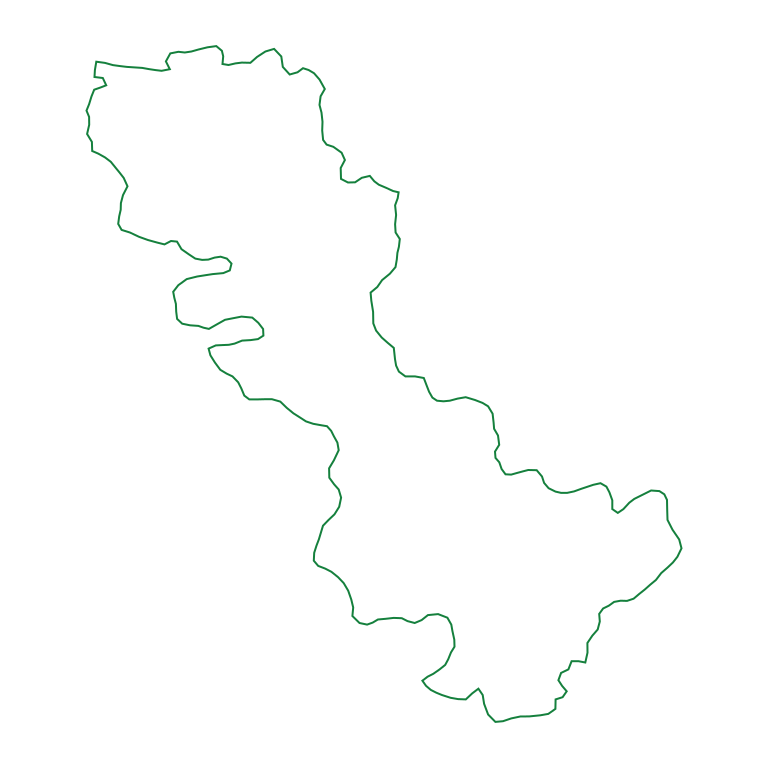 Santo Hipólito, Minas Gerais, Brazil (orthographic projection)
{"feature_id": "56859067B25350866893679", "entity_name": "Santo Hipólito", "entity_type": "district", "adm_level": 2, "iso_a3": "BRA", "parent_name": "Brazil", "parent_adm1": "Minas Gerais", "projection": "orthographic", "projection_center": [-44.176, -18.392], "detail": "fine", "context": "isolated", "style": "outline", "palette": "green", "viewbox_px": 768, "rotation_deg": 0, "n_neighbors": 0, "source": "geoboundaries", "source_scale": "gbopen_adm2", "svg_char_len": 4146}
<svg xmlns="http://www.w3.org/2000/svg" viewBox="0 0 768 768"><path d="M96.3,61.7L94.9,70.1L94.5,77.0L102.8,78.0L106.2,85.3L100.5,87.5L94.2,89.7L91.5,96.4L89.1,104.2L86.5,110.6L89.1,116.9L89.2,124.8L87.1,134.0L91.9,141.9L92.2,151.0L98.2,153.6L105.0,157.4L110.8,161.8L115.9,168.1L119.5,172.5L123.7,177.9L127.5,186.3L123.0,195.1L120.9,203.1L120.7,209.8L119.2,216.3L118.2,223.9L121.6,229.9L129.9,232.5L139.0,236.8L147.9,240.0L157.3,242.6L164.5,244.4L171.0,241.0L177.0,241.6L181.5,249.2L188.8,254.3L195.3,258.6L202.2,259.9L208.3,259.6L214.6,257.6L220.6,256.7L226.9,258.6L231.5,263.6L229.8,270.4L223.3,273.1L212.7,274.1L206.1,275.1L197.2,276.5L186.7,279.1L178.3,285.2L173.2,291.8L174.3,297.7L175.9,303.9L176.2,311.6L177.1,318.9L182.2,323.7L190.0,325.3L198.4,325.9L203.5,327.7L208.9,328.9L217.0,324.3L225.0,319.8L233.2,318.2L241.5,316.6L252.3,317.6L258.3,322.8L263.1,329.0L263.4,335.6L258.0,339.1L250.5,340.1L242.1,340.6L234.6,343.6L228.9,344.8L222.0,345.1L215.8,345.4L208.6,348.6L210.4,355.3L214.9,362.5L220.3,369.8L226.6,373.6L232.5,376.4L238.2,382.3L241.3,388.4L244.3,395.6L249.3,399.4L257.4,399.4L265.5,399.2L271.9,399.2L280.3,401.6L286.8,407.9L293.4,413.3L300.0,417.5L306.0,421.4L313.2,423.8L321.5,425.3L327.0,426.2L331.2,430.9L333.9,436.3L337.4,442.6L338.7,450.2L333.9,460.3L329.1,468.3L329.3,477.7L334.1,484.3L338.7,489.5L341.1,497.6L339.2,506.8L334.5,514.3L328.5,520.0L323.0,525.7L320.7,533.3L318.9,539.3L316.5,545.6L314.2,552.8L313.8,560.7L318.2,565.9L325.2,568.6L331.4,571.8L338.1,577.2L343.7,583.1L348.2,590.7L351.3,599.6L353.2,607.5L352.4,616.0L359.5,623.0L367.1,624.6L372.7,622.6L377.9,619.5L385.7,618.8L393.7,617.9L401.8,618.2L407.5,621.1L414.7,623.0L421.6,620.1L427.9,615.1L438.1,614.1L447.4,617.7L451.3,624.6L452.4,630.9L454.3,639.7L454.5,646.7L451.0,652.4L448.2,659.3L445.2,664.9L439.6,669.4L433.3,673.8L427.6,676.7L422.4,680.7L426.0,685.8L430.8,689.9L436.3,692.7L441.9,695.0L450.6,697.8L458.1,699.1L465.8,699.4L472.2,693.4L478.4,688.7L482.7,695.0L484.1,703.8L488.1,714.5L495.4,721.9L503.0,721.2L511.3,718.4L520.3,716.5L529.3,716.4L540.3,715.3L548.3,713.9L555.4,708.9L555.6,699.4L562.6,697.2L566.7,691.3L562.1,685.9L558.4,680.2L561.1,672.9L568.4,669.4L571.6,661.2L578.5,661.2L585.3,662.5L587.5,652.7L587.4,643.0L592.3,635.7L597.7,629.5L599.8,621.5L599.2,613.9L603.1,608.5L608.8,605.7L614.1,601.9L620.7,600.7L627.0,600.9L633.6,598.7L639.4,593.8L644.7,589.6L650.1,584.8L656.0,579.9L661.2,573.1L667.5,567.6L672.9,562.5L677.4,556.8L681.5,548.3L679.2,539.5L672.5,529.7L667.5,519.9L667.2,510.0L667.0,499.9L664.3,494.3L659.4,491.1L651.1,490.5L641.5,495.3L634.3,498.9L629.3,502.7L623.4,509.1L617.8,512.9L612.3,509.1L612.3,500.3L609.4,492.3L606.4,486.6L600.5,483.2L593.3,484.8L587.6,486.7L581.3,488.8L574.1,491.4L567.0,492.9L561.2,492.9L555.5,491.6L548.6,488.2L544.1,482.9L542.0,476.5L536.7,470.2L528.2,470.0L522.8,471.4L516.9,473.0L511.2,474.6L505.5,474.3L501.6,469.0L499.3,462.3L495.5,457.9L495.0,451.6L499.2,444.8L498.0,435.5L494.1,428.8L493.6,422.6L492.6,413.7L488.1,406.3L482.5,402.9L475.0,400.0L465.7,397.2L457.6,398.6L449.8,400.7L443.5,401.3L437.0,400.7L432.4,397.6L429.1,391.8L426.8,385.9L423.8,378.0L415.0,376.4L405.4,376.4L398.9,371.6L396.1,365.6L395.0,359.1L393.8,347.9L387.8,342.9L381.7,337.5L376.1,330.6L373.3,323.4L373.1,311.9L371.3,300.6L370.6,292.6L377.3,287.0L382.1,280.1L389.9,273.7L395.5,267.1L396.8,259.5L397.4,252.9L398.9,246.8L399.8,239.0L395.6,232.5L395.1,224.2L396.1,215.0L395.1,205.3L397.7,198.2L398.6,192.3L393.0,191.0L386.3,187.9L378.8,184.7L374.3,181.3L369.8,175.9L361.8,177.8L355.1,182.3L348.0,182.5L341.0,178.9L340.7,168.0L344.9,160.0L341.6,152.7L333.3,146.8L326.6,144.6L323.1,139.9L322.2,130.5L322.5,121.8L321.5,112.6L319.5,104.9L320.6,96.3L324.8,89.0L319.5,79.5L314.0,73.2L308.6,70.0L303.0,68.2L297.5,72.3L289.7,74.5L282.8,66.9L281.3,56.5L274.1,48.9L265.4,51.5L257.1,56.9L250.4,62.8L241.8,62.6L235.4,63.4L228.5,65.0L222.5,64.0L223.2,56.3L221.9,50.8L216.3,46.1L207.5,47.3L198.5,49.5L191.4,51.5L184.8,52.5L178.4,51.8L170.3,53.4L165.9,61.4L169.8,69.2L161.6,70.8L155.6,70.1L148.9,69.1L142.2,67.9L136.1,67.5L126.9,66.9L120.2,66.1L112.9,65.1L105.0,62.9L96.3,61.7Z" fill="none" stroke="#15803d" stroke-width="2"/></svg>